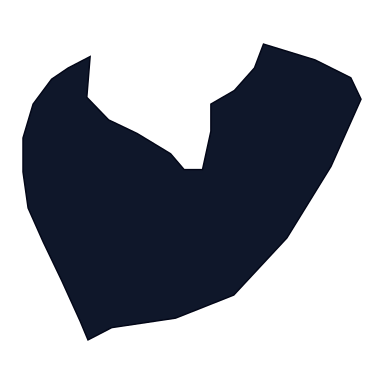 South East, Equal Earth projection
{"feature_id": "SGP-4875", "entity_name": "South East", "entity_type": "state/province", "adm_level": 1, "iso_a3": "SGP", "parent_name": "Singapore", "parent_adm1": "", "projection": "equal_earth", "projection_center": [103.927, 1.348], "detail": "fine", "context": "isolated", "style": "filled", "palette": "ink", "viewbox_px": 384, "rotation_deg": 0, "n_neighbors": 0, "source": "natural_earth", "source_scale": "10m", "svg_char_len": 481}
<svg xmlns="http://www.w3.org/2000/svg" viewBox="0 0 384 384"><path d="M263.5,44.1L315.0,59.9L350.8,77.8L361.0,99.2L331.0,166.4L286.9,237.9L233.8,295.0L175.6,318.1L111.7,327.6L88.0,339.9L80.1,321.0L61.6,280.3L43.2,241.9L28.1,208.0L23.0,171.9L23.0,138.0L33.1,104.1L51.6,79.2L68.3,67.9L90.1,56.6L86.8,97.3L108.6,119.9L137.1,133.5L170.6,153.8L184.1,169.6L202.5,169.6L210.9,131.2L210.9,104.1L234.4,90.5L254.5,67.9L263.5,44.1Z" fill="#0f172a" stroke="#020617" stroke-width="1.5"/></svg>